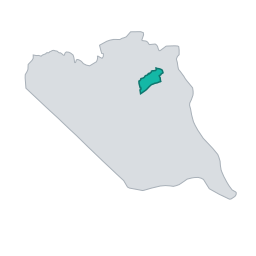 As-Safira, Aleppo, Syria (highlighted), rotated 76°
{"feature_id": "27442178B22464389911891", "entity_name": "As-Safira", "entity_type": "district", "adm_level": 2, "iso_a3": "SYR", "parent_name": "Syria", "parent_adm1": "Aleppo", "projection": "orthographic", "projection_center": [37.544, 35.815], "detail": "fine", "context": "in_parent", "style": "filled", "palette": "teal", "viewbox_px": 256, "rotation_deg": 76, "n_neighbors": 0, "source": "geoboundaries", "source_scale": "gbopen_adm2", "svg_char_len": 3580}
<svg xmlns="http://www.w3.org/2000/svg" viewBox="0 0 256 256"><g transform="rotate(76 128 128)"><path d="M39.2,90.1L41.3,90.3L45.8,93.2L46.6,93.1L48.0,89.5L49.4,88.2L52.2,87.2L53.1,81.3L54.4,80.2L56.0,79.6L58.4,79.5L60.5,79.1L60.7,78.1L57.8,71.2L58.1,69.5L59.6,62.6L60.5,59.9L61.3,59.1L64.7,59.5L69.3,60.7L70.5,62.7L72.8,64.4L76.3,64.3L80.2,64.7L83.3,64.8L85.8,63.6L91.4,61.3L94.1,60.5L96.6,59.4L104.6,55.6L107.9,55.9L110.1,56.4L111.8,57.0L115.6,59.5L118.8,62.1L121.0,62.8L124.9,62.7L130.7,63.1L137.7,63.0L141.8,62.2L147.0,60.8L156.2,57.5L168.3,50.7L175.4,47.3L178.4,46.9L182.5,46.7L186.5,47.4L191.1,47.8L193.2,47.6L198.1,46.8L204.5,45.2L208.4,44.0L213.2,42.0L216.1,39.0L217.1,38.6L218.3,39.1L218.9,39.3L220.3,40.9L221.8,45.1L221.8,45.5L221.6,46.8L218.6,50.4L214.5,55.4L211.6,58.5L206.6,63.8L202.7,65.1L196.2,67.2L194.5,69.0L192.9,71.9L192.1,75.9L191.9,78.4L191.9,82.9L193.7,87.6L195.3,92.1L195.6,95.1L195.6,98.1L194.3,101.3L192.9,105.7L192.1,110.7L192.0,119.9L192.3,127.7L192.2,129.0L189.6,134.6L186.6,141.2L185.1,142.8L178.0,144.9L170.4,149.9L161.8,155.4L153.9,160.5L145.6,165.7L137.1,171.1L130.9,174.9L122.6,180.0L115.1,184.9L107.4,189.8L101.5,193.5L92.6,199.4L87.4,202.8L79.6,207.8L72.8,212.2L64.7,217.4L54.6,215.7L51.4,214.8L48.8,212.3L46.9,210.9L42.2,209.5L39.2,204.8L37.4,203.1L34.2,202.3L35.6,199.3L35.9,197.3L37.3,194.9L36.5,193.3L36.1,190.0L35.5,189.1L35.3,188.3L35.8,187.2L35.6,186.1L35.1,185.6L34.9,183.9L34.5,182.7L34.7,181.2L35.4,180.2L36.2,178.3L37.0,177.7L38.4,176.6L38.7,175.4L40.0,174.2L41.6,173.2L42.0,172.4L41.7,172.0L40.1,171.0L39.3,169.5L40.1,167.2L40.6,166.5L41.6,165.4L43.8,163.7L45.5,163.5L46.9,163.5L49.4,163.7L51.3,164.0L51.8,163.6L51.7,163.0L49.4,161.6L49.3,160.5L49.9,159.3L51.6,157.5L53.6,156.2L54.6,155.9L56.9,153.2L58.4,150.2L56.1,142.7L54.7,141.5L52.4,140.4L51.0,140.3L50.9,139.8L52.8,137.9L54.1,136.3L52.7,134.7L50.1,133.9L49.2,135.5L45.9,135.6L40.8,135.6L38.7,127.6L38.4,124.2L38.6,120.3L40.2,114.5L39.5,111.9L39.5,110.1L39.1,107.6L35.3,102.2L37.6,92.4L39.2,90.1Z" fill="#d9dde1" stroke="#a8b0b8" stroke-width="1"/><path d="M83.2,103.4L83.3,103.4L83.4,103.5L83.5,103.5L83.8,103.8L84.0,104.0L84.3,104.2L84.4,104.3L84.5,104.4L84.6,104.5L84.8,104.8L84.9,105.0L85.0,105.2L85.0,105.3L85.0,105.5L85.0,105.8L85.1,106.0L85.7,106.2L86.3,106.3L87.3,106.5L87.9,106.5L88.9,106.5L91.0,106.5L91.8,106.5L91.8,105.9L93.3,105.9L94.0,107.2L94.5,107.2L95.9,107.3L97.8,107.5L97.4,106.3L96.1,102.9L95.2,100.8L93.0,97.4L92.1,95.8L91.6,94.7L91.5,94.2L91.5,93.5L91.4,92.9L91.4,92.7L91.4,92.4L91.3,92.0L91.2,91.9L91.1,91.6L91.1,91.3L91.1,91.1L91.1,90.8L91.2,90.3L91.2,89.7L91.2,89.2L91.2,88.5L91.1,88.0L91.1,87.9L91.0,87.4L91.0,87.2L90.9,87.0L90.9,86.6L90.9,86.4L90.9,86.2L90.9,85.9L90.9,85.6L90.9,85.4L90.8,85.2L90.7,84.9L90.1,85.0L89.9,85.1L89.4,84.9L88.3,84.9L87.7,84.7L87.3,84.6L86.5,84.8L86.2,84.9L85.5,85.0L85.0,85.1L84.7,85.0L84.6,84.4L84.4,83.5L84.2,83.2L83.7,82.9L83.6,82.6L83.4,82.4L83.3,82.2L83.3,81.8L82.9,80.8L82.9,80.7L82.5,80.6L81.9,80.7L81.5,80.7L81.0,80.7L80.5,80.8L80.1,80.9L79.7,81.1L79.4,81.5L79.1,81.8L78.6,82.5L78.3,83.0L77.9,83.7L77.6,84.5L77.4,85.1L77.2,85.4L76.8,85.8L76.7,86.1L76.6,86.4L76.9,86.4L77.3,86.2L77.7,86.0L78.1,86.5L78.3,86.8L78.5,86.9L78.8,87.2L78.9,87.6L78.7,88.2L78.7,88.8L78.7,89.1L78.5,89.9L78.4,90.6L78.5,91.2L78.5,91.5L79.2,91.9L80.0,92.3L79.9,92.3L79.9,93.0L80.0,93.2L80.1,93.3L80.0,94.0L80.3,94.1L80.7,94.4L80.7,94.7L80.4,94.9L80.2,95.0L80.3,95.3L80.8,95.9L81.1,96.1L81.3,96.3L81.3,96.8L81.4,97.6L81.4,98.3L81.8,99.0L82.4,99.5L82.9,100.2L83.2,101.5L83.2,103.4Z" fill="#14b8a6" stroke="#0f766e" stroke-width="1.5"/></g></svg>